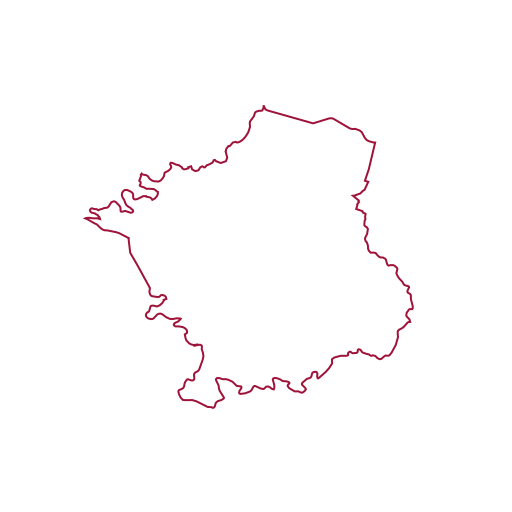 Ryde, New South Wales, Australia, rotated 121°
{"feature_id": "25037944B17324059091414", "entity_name": "Ryde", "entity_type": "district", "adm_level": 2, "iso_a3": "AUS", "parent_name": "Australia", "parent_adm1": "New South Wales", "projection": "mercator", "projection_center": [151.114, -33.801], "detail": "fine", "context": "isolated", "style": "outline", "palette": "rose", "viewbox_px": 512, "rotation_deg": 121, "n_neighbors": 0, "source": "geoboundaries", "source_scale": "gbopen_adm2", "svg_char_len": 6127}
<svg xmlns="http://www.w3.org/2000/svg" viewBox="0 0 512 512"><g transform="rotate(121 256 256)"><path d="M207.5,108.3L204.2,108.6L203.6,109.0L203.4,109.7L204.3,112.9L204.3,114.5L202.7,117.4L201.4,122.0L200.3,124.2L198.5,126.8L194.3,128.1L193.5,129.2L193.0,132.1L193.1,133.6L194.7,136.2L195.9,137.3L196.0,138.1L195.5,139.3L192.2,142.8L191.8,143.7L191.9,146.4L193.0,148.3L193.3,149.7L192.9,152.0L191.8,155.1L192.6,157.1L194.1,159.5L193.3,162.1L191.8,163.9L190.4,164.7L188.9,166.0L187.3,167.9L186.9,169.5L185.2,171.4L183.5,171.9L179.9,172.1L175.2,174.0L174.5,175.3L174.2,176.3L174.3,177.7L173.7,179.1L169.7,181.1L167.9,181.2L166.4,182.6L163.5,183.7L163.3,184.2L163.8,186.1L163.3,187.5L162.7,187.8L164.1,194.3L159.9,195.4L159.6,195.9L156.8,195.5L156.7,196.2L155.5,196.5L154.4,203.9L153.5,202.7L148.7,198.8L145.2,198.0L143.4,197.0L134.6,198.0L135.4,201.4L123.5,204.0L97.4,212.3L98.1,213.5L99.4,218.1L99.6,220.8L98.8,223.3L95.4,229.1L95.0,231.8L95.9,236.4L97.5,238.7L98.3,241.1L98.5,260.1L98.8,261.8L100.2,264.0L112.9,275.4L125.2,320.7L125.5,323.3L123.0,327.2L124.8,325.9L128.1,325.6L129.1,326.7L129.8,328.0L131.9,330.0L133.5,330.7L137.4,329.8L143.8,330.4L145.3,329.8L148.5,327.6L153.6,326.4L156.4,326.3L160.3,326.6L163.8,327.5L167.0,329.1L168.5,330.6L168.6,332.2L170.7,334.3L175.3,335.1L175.8,335.6L176.0,336.3L179.4,336.6L180.4,336.4L181.3,335.9L181.9,336.0L186.5,331.3L190.2,330.6L194.0,333.7L194.5,334.4L195.3,339.1L194.8,340.7L195.3,341.3L195.8,341.6L197.2,341.3L198.8,341.6L202.3,343.8L203.5,344.9L206.3,345.4L206.9,346.3L206.7,347.9L207.3,348.7L208.7,349.4L212.1,349.5L214.3,351.4L214.6,352.5L214.6,355.5L212.5,357.8L214.8,359.8L215.6,359.1L218.4,361.7L218.9,362.6L218.8,364.5L218.2,365.0L217.9,368.8L218.9,371.9L219.2,375.3L219.9,377.0L220.4,377.2L221.7,376.8L222.6,375.2L223.5,374.4L225.2,374.2L228.1,375.0L231.6,377.2L235.1,376.0L237.0,376.0L240.2,376.5L242.4,377.9L244.4,381.9L244.9,383.8L244.6,387.0L243.2,390.1L243.3,391.7L244.7,395.7L244.3,396.4L245.7,396.6L246.9,395.7L251.7,394.8L251.9,393.4L252.4,392.7L253.6,392.1L255.2,392.1L255.6,391.8L255.5,389.9L254.9,387.7L254.8,384.3L253.8,383.0L251.3,378.2L251.3,376.1L251.7,374.1L251.6,373.1L253.1,372.2L255.3,371.7L258.8,372.3L261.3,373.8L260.5,375.4L260.4,377.1L261.7,380.7L261.3,381.1L262.7,383.4L268.5,387.2L270.0,389.1L270.0,390.2L269.4,391.2L266.3,393.2L265.5,394.7L265.3,396.6L265.7,399.9L266.1,401.1L267.0,402.4L268.3,403.1L270.5,403.3L272.5,402.6L273.6,401.7L274.9,399.9L275.8,397.9L278.0,395.2L279.2,393.0L279.5,390.5L279.4,388.6L279.9,386.9L279.9,385.5L281.0,384.3L282.2,384.4L283.5,385.7L284.7,391.3L287.2,393.8L287.4,394.7L287.1,395.3L284.5,397.0L283.4,398.6L282.0,403.7L282.0,405.3L282.6,406.3L284.5,407.7L289.5,407.8L291.4,408.6L293.2,411.0L294.9,412.1L296.6,413.9L297.9,414.6L298.1,415.1L297.9,416.6L299.2,419.2L299.5,421.0L300.2,421.7L301.6,422.1L302.5,421.8L303.5,420.3L303.5,419.4L302.5,416.0L302.6,414.3L302.4,412.9L303.2,411.3L303.3,410.2L304.7,408.7L305.5,411.6L307.7,415.2L309.1,418.6L310.9,421.2L311.7,421.7L311.3,419.5L311.2,411.9L310.9,408.6L312.2,403.1L312.3,401.1L311.8,398.7L310.7,396.8L307.6,388.1L306.9,385.0L306.2,374.2L306.9,374.1L318.0,365.5L325.2,352.5L338.1,330.4L341.7,328.9L343.5,326.9L344.0,325.7L344.0,324.4L341.8,319.1L340.8,317.9L338.4,317.2L337.5,315.9L337.1,313.7L337.6,312.1L339.0,310.7L341.0,312.4L341.2,312.0L344.5,312.1L347.8,313.1L350.2,314.8L351.5,318.7L352.3,319.8L353.3,320.5L358.3,319.2L359.1,319.3L360.5,320.2L362.7,320.3L364.1,319.4L364.8,318.1L365.0,316.1L364.1,313.4L363.2,312.2L362.0,311.6L356.9,310.5L355.7,309.7L354.6,308.3L354.2,306.5L354.7,301.5L354.3,297.6L353.0,295.0L350.3,292.0L348.5,288.5L348.5,288.2L349.5,288.3L352.2,289.0L355.1,291.0L355.9,291.3L357.1,291.2L357.8,290.2L357.8,288.8L355.9,285.5L354.6,281.9L354.5,279.7L355.0,277.7L355.9,276.3L357.5,275.6L359.9,276.6L362.8,274.0L364.3,272.0L365.3,268.2L365.2,266.2L364.7,264.3L364.0,262.9L363.0,261.8L364.0,261.9L361.5,259.2L360.8,258.0L360.7,256.5L361.8,255.5L363.7,254.6L366.6,251.3L369.3,249.3L372.3,248.3L382.3,246.3L383.7,246.3L385.0,246.7L387.4,248.2L388.5,248.3L389.5,248.1L392.9,245.7L393.7,245.5L394.9,245.8L395.5,246.5L396.0,247.5L396.7,250.9L397.5,251.6L400.5,251.8L402.2,251.5L404.8,250.5L406.7,250.4L408.3,251.2L410.5,252.9L411.3,253.0L412.2,252.7L414.0,250.9L415.8,248.3L416.4,246.9L417.0,244.5L415.9,242.2L412.3,236.4L411.2,232.0L410.3,219.8L408.5,216.2L408.4,214.8L407.8,214.2L406.3,213.8L403.1,214.7L401.6,214.6L400.0,213.9L397.3,211.5L395.1,210.4L394.3,210.3L393.7,210.9L390.3,217.6L388.8,219.4L386.3,221.3L383.1,226.2L382.2,226.9L380.7,226.5L379.6,224.7L378.7,221.0L377.0,218.2L376.3,215.7L375.9,211.3L377.1,206.5L377.2,205.4L375.5,201.6L375.8,201.0L376.9,200.5L380.0,200.7L381.7,200.2L382.4,199.5L382.3,198.4L379.4,194.7L375.3,191.4L373.7,190.8L369.4,190.9L368.2,190.4L367.8,189.6L367.2,183.9L366.4,181.5L365.7,180.8L362.7,179.9L361.6,178.5L361.4,176.5L361.7,173.8L361.2,172.1L359.8,172.3L357.4,173.7L353.1,178.1L352.0,178.1L350.7,176.9L349.7,174.1L349.3,171.2L349.5,169.5L349.4,168.6L347.7,165.2L347.2,163.2L347.4,162.2L348.0,161.8L349.7,162.3L350.9,162.1L351.7,160.8L352.2,159.2L352.1,153.0L350.2,150.0L349.9,147.3L349.2,145.8L346.7,144.7L344.6,144.6L343.8,145.6L342.6,150.3L341.8,150.9L340.9,151.0L335.1,149.1L332.8,147.0L331.9,146.6L330.9,146.5L327.3,147.5L325.8,146.9L324.4,145.0L324.3,144.3L325.3,142.7L327.7,141.6L329.0,140.2L328.9,139.7L327.3,139.0L319.3,136.5L314.6,135.6L308.9,135.4L305.4,137.7L302.7,136.6L298.0,132.1L295.2,127.4L293.9,126.1L293.4,126.0L292.4,126.8L291.3,127.1L289.8,126.4L289.4,125.7L289.7,123.7L289.5,122.9L287.1,119.7L285.8,119.5L284.1,120.4L283.0,119.9L282.6,118.1L283.7,115.6L283.8,114.9L283.1,111.3L282.2,108.5L282.4,106.4L281.9,105.4L280.9,104.6L280.3,102.5L280.3,101.6L281.0,99.5L280.8,96.9L279.5,95.5L275.9,94.4L274.6,93.7L273.5,91.4L272.4,90.5L269.1,90.0L260.2,90.4L252.4,92.5L248.6,95.2L247.1,95.8L245.3,95.3L243.0,93.8L240.6,92.8L235.0,91.8L233.9,91.1L233.1,89.9L231.3,91.8L230.2,95.7L229.6,96.6L227.0,97.6L223.1,97.3L222.1,96.6L221.1,94.7L220.0,94.8L218.3,95.8L213.2,101.0L209.7,103.2L209.2,104.2L209.2,106.8L208.9,107.6L207.5,108.3Z" fill="none" stroke="#9f1239" stroke-width="2"/></g></svg>